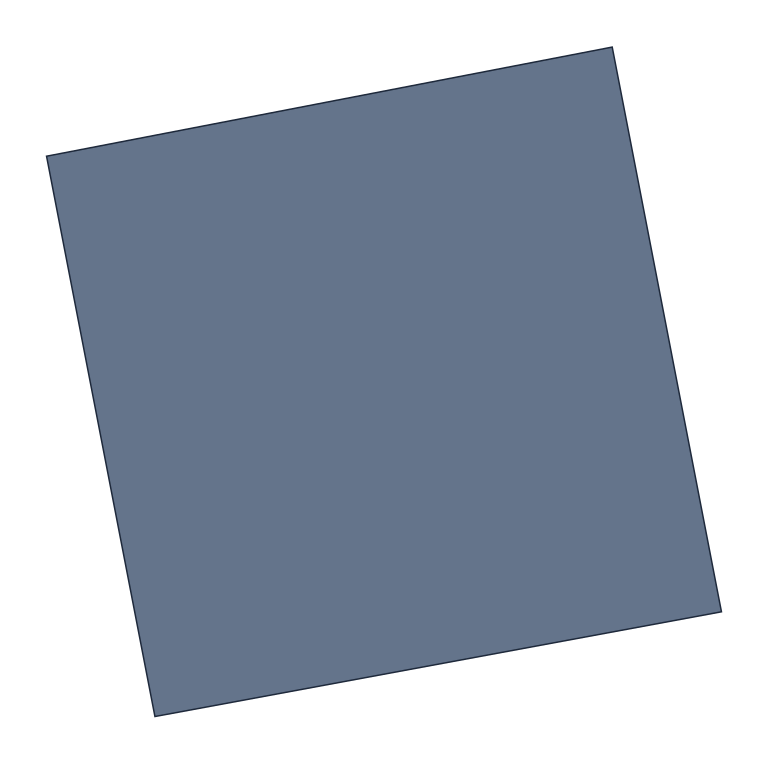 the district of Howard, Nebraska, United States of America, rotated 259°
{"feature_id": "52423323B29382899957960", "entity_name": "Howard", "entity_type": "district", "adm_level": 2, "iso_a3": "USA", "parent_name": "United States of America", "parent_adm1": "Nebraska", "projection": "mercator", "projection_center": [-98.54, 41.22], "detail": "fine", "context": "isolated", "style": "filled", "palette": "slate", "viewbox_px": 768, "rotation_deg": 259, "n_neighbors": 0, "source": "geoboundaries", "source_scale": "gbopen_adm2", "svg_char_len": 262}
<svg xmlns="http://www.w3.org/2000/svg" viewBox="0 0 768 768"><g transform="rotate(259 384 384)"><path d="M101.3,95.7L96.0,671.8L129.1,671.8L414.9,672.1L671.2,672.3L672.0,96.2L665.9,96.2L101.3,95.7Z" fill="#64748b" stroke="#1e293b" stroke-width="1.5"/></g></svg>